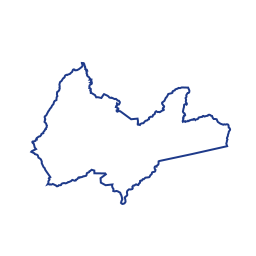 outline of Xapuri, Acre, Brazil, rotated 168°
{"feature_id": "56859067B13155067535886", "entity_name": "Xapuri", "entity_type": "district", "adm_level": 2, "iso_a3": "BRA", "parent_name": "Brazil", "parent_adm1": "Acre", "projection": "mercator", "projection_center": [-68.519, -10.611], "detail": "fine", "context": "isolated", "style": "outline", "palette": "blue", "viewbox_px": 256, "rotation_deg": 168, "n_neighbors": 0, "source": "geoboundaries", "source_scale": "gbopen_adm2", "svg_char_len": 5877}
<svg xmlns="http://www.w3.org/2000/svg" viewBox="0 0 256 256"><g transform="rotate(168 128 128)"><path d="M84.7,149.8L86.7,147.0L89.3,145.8L89.6,144.6L89.2,144.0L88.9,142.8L88.4,142.3L88.2,141.5L88.5,140.9L89.5,140.4L89.9,139.9L89.9,139.4L89.3,139.0L89.2,138.3L89.9,138.0L91.4,137.8L93.1,137.0L93.8,136.9L94.3,137.3L95.6,137.4L96.6,138.1L96.9,138.5L97.5,138.3L98.1,137.8L99.1,136.0L100.8,135.5L101.3,134.5L101.8,134.0L103.5,134.3L104.1,134.2L104.7,133.7L105.3,133.7L105.7,132.2L106.9,132.0L107.8,131.4L109.4,131.4L110.5,130.7L111.5,129.8L112.1,129.5L113.3,129.7L114.9,129.4L115.6,129.1L115.8,128.5L117.7,129.3L117.7,130.0L117.3,130.4L117.1,130.9L117.2,131.6L116.8,132.6L116.7,135.2L123.1,135.9L132.1,146.0L133.5,146.5L135.1,146.2L135.6,147.0L135.4,147.7L133.7,148.0L133.4,149.1L134.7,150.2L134.9,150.8L135.5,151.0L135.1,151.8L134.4,151.8L134.0,152.4L133.7,153.2L133.9,153.9L133.7,154.3L132.8,152.9L131.9,152.9L130.8,154.3L130.6,155.0L131.2,156.5L132.1,156.8L133.8,159.0L135.1,159.1L137.3,160.8L137.8,161.1L138.2,160.9L139.9,161.7L140.5,162.9L141.3,163.8L144.4,166.1L145.1,165.6L147.8,162.9L151.1,164.4L152.7,164.6L153.4,167.0L156.4,169.8L157.1,170.0L157.0,170.8L156.7,171.3L157.0,171.9L157.1,172.7L156.5,172.9L156.3,174.0L156.8,174.7L157.5,175.1L157.2,175.5L157.3,176.3L156.7,177.7L155.7,178.4L154.7,178.5L154.2,179.0L154.0,179.5L155.3,180.3L154.1,180.8L153.9,181.3L154.4,181.8L154.3,182.4L153.9,182.9L155.2,183.2L154.5,183.7L155.2,184.7L155.5,185.7L156.8,187.1L157.1,188.3L156.8,188.7L157.2,190.0L156.8,190.6L157.0,191.7L156.8,192.3L156.0,192.4L156.2,193.5L157.1,193.7L157.1,194.3L157.6,194.6L157.2,195.5L157.5,196.3L157.2,197.1L157.5,197.5L157.5,199.6L157.9,200.7L159.6,201.2L159.7,200.5L159.2,199.5L159.6,198.5L160.0,197.7L161.4,196.9L163.9,195.7L165.8,195.2L167.7,195.4L168.1,195.7L168.2,196.3L168.8,196.6L169.5,196.5L170.0,196.1L170.7,194.9L171.3,194.3L172.7,193.7L173.1,193.2L174.0,192.9L175.4,192.8L176.4,192.5L176.8,192.8L178.0,192.6L178.5,192.4L179.2,191.6L179.4,190.9L180.2,190.3L180.7,190.3L181.4,189.8L183.4,187.7L184.5,187.3L185.0,186.9L186.1,184.7L186.1,183.5L186.3,182.3L186.7,181.7L186.5,181.1L187.4,179.3L187.9,179.0L188.5,178.3L189.3,178.2L189.9,177.8L190.6,175.3L190.4,173.9L191.2,173.2L191.5,172.7L192.2,170.2L194.1,169.7L195.0,168.8L196.0,166.8L197.5,165.8L198.4,164.7L198.6,164.3L200.7,162.7L201.5,161.6L202.4,161.0L205.3,157.4L207.0,156.6L207.3,155.9L207.1,153.8L207.6,153.3L207.6,152.7L208.2,151.9L208.4,151.3L207.2,149.5L207.1,147.8L206.8,147.3L207.1,146.8L207.4,145.6L208.8,144.4L208.7,143.9L209.3,143.8L210.4,142.5L211.2,142.0L212.0,141.0L212.0,140.5L213.7,140.3L214.1,139.9L214.4,139.2L215.6,138.2L216.9,138.2L219.3,137.2L219.7,136.8L219.4,136.4L219.6,135.6L220.3,135.7L220.9,135.3L221.2,134.7L223.0,134.3L223.4,134.6L224.1,134.6L224.5,134.2L224.2,133.7L224.3,133.2L223.4,131.9L223.3,128.3L222.3,126.5L227.0,125.3L227.6,124.8L224.8,122.7L224.6,121.9L222.6,120.8L222.0,120.1L221.8,119.1L221.8,117.7L220.2,116.1L219.7,115.3L219.3,113.1L219.7,111.5L218.8,107.6L218.6,107.1L217.9,106.2L217.6,104.2L214.2,96.1L215.3,95.7L215.9,95.2L215.4,94.2L215.8,93.5L216.6,92.9L217.0,92.3L217.2,90.9L218.3,89.7L217.4,89.9L217.1,89.4L216.5,89.0L215.8,89.1L215.3,88.7L214.5,88.6L213.2,88.9L210.1,86.5L210.0,86.0L209.6,85.7L208.4,85.8L207.7,86.4L206.0,86.1L205.3,86.2L204.9,86.9L204.1,87.4L202.6,87.5L201.5,87.3L200.5,86.8L199.6,86.9L198.1,87.3L197.7,87.6L197.2,87.4L194.8,87.9L193.3,88.8L191.0,87.5L189.9,87.6L189.7,88.2L188.1,88.6L186.9,89.8L186.1,90.0L185.6,89.4L184.7,89.8L184.1,89.6L182.5,89.7L181.8,90.1L181.3,89.9L178.9,90.0L178.3,90.6L177.7,92.3L177.1,92.6L175.9,92.7L175.2,93.0L174.7,93.7L174.1,93.7L172.3,94.7L169.8,93.4L170.3,90.7L159.7,88.3L159.3,87.3L165.3,84.6L165.9,80.2L161.8,76.7L155.0,76.0L155.6,74.9L155.6,73.1L154.9,71.3L155.5,69.4L154.2,68.8L152.3,68.8L151.1,68.1L149.9,67.0L149.3,66.6L148.9,65.7L149.0,64.8L148.6,64.0L148.4,61.9L148.5,60.1L148.3,59.6L149.9,57.4L150.0,56.6L150.4,56.2L150.0,55.5L149.3,54.9L148.8,54.8L147.2,55.0L146.0,56.0L145.7,56.6L145.5,58.7L145.7,60.6L144.8,61.3L144.2,61.4L143.6,61.9L142.9,62.2L142.6,62.8L142.4,65.4L141.9,66.4L141.4,66.9L139.7,67.8L138.2,67.3L136.5,67.4L136.0,67.9L135.8,68.6L136.0,69.2L135.9,69.7L134.8,70.6L133.7,70.4L132.8,70.9L131.8,71.2L131.2,70.7L129.9,70.1L129.3,70.5L129.0,71.3L127.6,72.0L127.2,73.7L126.6,73.9L125.9,73.7L125.4,73.7L124.6,74.6L124.0,74.9L123.3,74.6L121.3,75.8L118.2,75.5L117.5,75.5L116.9,75.9L116.0,77.1L114.5,77.9L113.7,79.5L113.1,79.7L111.0,79.7L110.4,80.1L109.8,81.4L110.3,82.3L110.3,83.6L110.1,84.1L109.7,84.6L109.1,84.8L108.1,84.3L107.7,85.1L106.0,85.9L105.6,86.6L105.0,89.0L104.3,89.2L70.8,89.2L34.8,89.6L35.1,92.3L34.1,94.2L33.9,95.0L33.1,96.1L33.4,97.3L33.1,98.0L32.0,99.3L31.7,100.5L30.6,102.2L30.2,103.4L28.6,104.9L28.4,105.6L28.8,107.0L29.4,107.5L29.1,109.7L29.4,110.5L30.4,111.1L32.0,111.1L33.2,111.6L34.1,111.4L36.7,113.0L38.9,115.3L39.5,118.1L40.6,118.6L42.3,119.0L43.0,120.3L43.3,122.3L44.6,123.0L44.8,123.5L45.8,124.1L46.6,124.1L47.2,123.8L47.5,123.4L48.9,123.5L50.7,123.3L51.6,124.1L52.5,124.1L52.9,123.5L56.2,123.6L56.8,123.5L57.3,122.6L57.7,122.4L58.2,122.2L60.0,122.2L60.5,121.8L61.4,123.1L62.2,123.1L62.7,122.5L64.1,122.9L65.5,122.6L66.1,122.7L67.2,122.1L67.8,122.6L68.7,122.2L70.0,122.3L70.5,122.7L70.8,122.2L71.8,122.8L72.5,122.9L73.0,122.7L73.1,123.3L71.8,125.7L72.1,126.2L71.8,126.9L71.2,127.2L71.1,127.9L70.7,128.4L70.1,128.2L69.4,128.7L69.6,130.4L70.5,131.4L70.9,132.5L69.7,135.4L69.0,136.6L68.4,138.6L68.2,139.1L66.7,139.5L65.9,138.7L65.4,139.2L65.4,139.9L65.9,140.9L66.0,141.7L65.9,142.2L65.3,143.5L65.5,145.3L65.0,145.6L64.3,146.4L64.2,147.9L63.7,148.5L62.4,149.8L61.5,149.7L60.8,150.1L60.3,151.3L60.2,152.0L60.8,155.0L67.0,156.5L68.8,156.2L70.3,156.7L71.4,156.1L72.0,156.2L73.7,155.9L74.4,155.1L76.3,154.8L76.9,154.4L77.0,153.7L77.3,153.2L77.9,153.0L81.5,152.9L82.5,151.6L84.1,149.9L84.7,149.8Z" fill="none" stroke="#1e3a8a" stroke-width="2"/></g></svg>